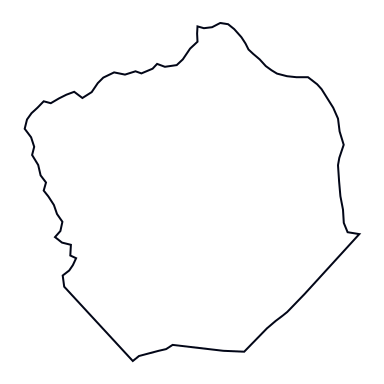 Japurá, Paraná, Brazil (Mercator projection)
{"feature_id": "56859067B24068118556484", "entity_name": "Japurá", "entity_type": "district", "adm_level": 2, "iso_a3": "BRA", "parent_name": "Brazil", "parent_adm1": "Paraná", "projection": "mercator", "projection_center": [-52.551, -23.437], "detail": "fine", "context": "isolated", "style": "outline", "palette": "ink", "viewbox_px": 384, "rotation_deg": 0, "n_neighbors": 0, "source": "geoboundaries", "source_scale": "gbopen_adm2", "svg_char_len": 1135}
<svg xmlns="http://www.w3.org/2000/svg" viewBox="0 0 384 384"><path d="M64.2,286.7L132.8,361.0L139.0,356.0L158.7,350.8L166.1,349.1L172.6,344.9L223.3,350.8L244.2,351.7L267.0,328.3L275.7,320.9L282.2,316.0L287.2,312.0L304.6,294.0L359.3,234.1L347.6,232.2L343.8,222.9L343.0,209.7L340.4,196.2L339.1,181.5L338.0,165.2L339.3,157.9L343.7,144.8L339.6,131.4L338.0,118.6L333.2,107.7L321.6,89.2L317.2,84.3L308.0,77.2L296.4,77.2L287.0,76.2L277.0,73.6L271.6,70.3L265.8,66.1L259.7,59.4L253.2,53.9L248.5,49.5L245.5,43.5L241.4,37.2L234.2,29.1L228.1,24.2L220.2,23.0L212.1,27.2L203.9,28.2L197.5,26.4L197.1,33.6L197.5,41.7L190.1,48.6L182.8,59.4L176.7,65.1L164.9,66.8L157.1,63.9L152.6,68.7L141.4,73.4L135.5,71.3L125.0,74.6L114.1,72.4L103.3,77.6L97.8,83.1L91.7,92.1L82.4,98.0L74.2,91.8L66.4,94.7L59.0,98.4L50.8,103.2L43.7,101.3L37.5,107.7L31.5,113.2L27.0,119.5L24.7,128.8L31.1,137.3L34.2,146.8L32.1,155.0L38.2,165.0L40.6,175.4L46.0,182.5L43.7,190.6L48.4,196.5L53.9,205.0L57.0,214.0L62.4,221.8L60.4,231.0L55.0,237.1L62.0,242.6L70.9,244.8L70.3,255.5L76.1,258.2L72.9,265.1L69.2,270.5L62.7,275.5L64.2,286.7Z" fill="none" stroke="#020617" stroke-width="2"/></svg>